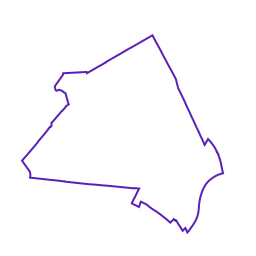 Zoeterwoude, Zuid-Holland, Netherlands, rotated 98°
{"feature_id": "6326949B96348311169789", "entity_name": "Zoeterwoude", "entity_type": "district", "adm_level": 2, "iso_a3": "NLD", "parent_name": "Netherlands", "parent_adm1": "Zuid-Holland", "projection": "equal_earth", "projection_center": [4.519, 52.114], "detail": "fine", "context": "isolated", "style": "outline", "palette": "violet", "viewbox_px": 256, "rotation_deg": 98, "n_neighbors": 0, "source": "geoboundaries", "source_scale": "gbopen_adm2", "svg_char_len": 5509}
<svg xmlns="http://www.w3.org/2000/svg" viewBox="0 0 256 256"><g transform="rotate(98 128 128)"><path d="M223.2,54.7L222.8,54.4L222.0,53.9L220.0,52.7L219.6,52.5L217.8,51.6L217.2,51.3L216.2,50.8L214.5,49.9L213.7,49.6L211.8,48.8L211.4,48.6L210.5,48.3L209.6,48.0L208.5,47.6L207.0,47.3L206.6,47.2L205.0,46.9L204.2,46.8L203.5,46.7L202.9,46.6L202.0,46.6L201.6,46.6L201.3,46.6L200.6,46.6L199.3,46.7L197.4,46.7L195.4,46.9L194.1,46.9L192.8,47.0L192.6,47.0L189.6,46.9L188.9,46.9L185.9,46.7L183.6,46.3L182.3,46.1L181.8,46.0L181.0,45.8L180.2,45.6L179.6,45.5L177.8,45.0L176.5,44.6L174.9,43.9L174.1,43.6L173.0,43.1L172.4,42.8L171.6,42.3L171.1,42.0L170.9,41.9L170.0,41.3L168.6,40.2L168.1,39.8L166.8,38.5L166.1,37.8L165.5,37.2L164.3,35.8L163.4,34.6L162.6,33.4L161.9,32.4L161.3,31.3L160.8,30.2L160.2,29.0L160.2,28.9L159.7,27.9L159.6,27.6L159.2,27.8L152.5,30.2L150.7,30.8L149.6,31.2L148.6,31.6L147.7,32.0L146.9,32.3L145.5,33.0L144.4,33.5L143.9,33.8L142.8,34.4L142.2,34.7L141.4,35.2L140.5,35.8L140.5,35.7L140.4,35.8L140.4,35.7L139.4,36.4L138.3,37.2L137.4,37.9L136.8,38.2L135.4,39.3L133.9,40.6L133.1,41.3L131.7,42.8L131.3,43.1L130.7,43.7L130.1,44.5L129.0,45.7L128.4,46.5L127.8,47.2L130.6,48.4L130.7,48.5L133.7,49.6L133.5,49.8L133.8,49.9L131.4,51.4L130.4,52.1L129.1,52.8L128.6,53.2L127.9,53.6L127.7,53.7L127.4,53.9L126.8,54.4L125.9,55.0L124.4,55.9L123.6,56.5L121.6,57.7L120.9,58.1L120.7,58.3L120.1,58.7L119.5,59.1L118.4,59.9L117.0,60.8L115.6,61.7L114.7,62.2L112.5,63.6L111.4,64.4L110.6,64.8L110.1,65.2L108.8,66.0L108.6,66.2L108.5,66.3L108.2,66.5L107.9,66.7L107.7,66.8L106.0,67.8L104.2,68.9L102.3,70.2L101.4,70.8L100.7,71.3L99.5,72.1L97.8,73.2L96.7,73.8L95.7,74.5L95.2,74.8L94.1,75.5L92.6,76.4L91.3,77.3L87.4,79.9L85.7,81.0L81.9,83.7L78.3,85.2L75.4,86.4L73.8,87.0L72.6,87.6L70.4,89.2L64.4,93.6L61.7,95.6L57.8,98.5L57.2,98.9L51.6,103.0L48.8,105.0L47.3,106.0L37.9,113.0L32.8,116.7L34.6,119.0L36.4,121.3L41.4,127.7L43.8,130.7L44.5,131.7L46.8,134.6L49.3,138.0L50.2,139.2L53.3,143.1L56.0,146.5L56.8,147.5L57.2,148.1L58.1,149.2L61.5,153.6L63.7,156.4L64.4,157.3L65.9,159.2L66.1,159.1L66.6,159.6L67.1,160.4L68.6,162.3L69.8,163.8L70.4,164.7L72.6,167.5L72.8,167.8L73.0,168.0L73.3,168.3L73.8,169.1L74.5,169.9L75.0,170.5L76.2,172.1L77.4,173.6L78.0,174.4L79.5,176.3L78.3,176.8L78.3,177.0L82.8,199.8L83.1,199.8L83.8,199.8L84.1,199.8L84.4,199.9L84.5,199.9L85.0,200.1L85.3,200.3L87.9,201.6L90.5,203.0L90.8,203.1L91.3,203.4L97.1,206.4L100.4,205.0L100.5,204.9L100.7,204.7L100.8,204.6L101.0,204.1L101.0,203.9L101.0,203.7L100.9,203.5L100.5,202.9L100.3,202.5L99.9,202.0L99.8,201.9L99.7,201.7L99.9,201.1L100.0,200.7L100.1,200.4L100.1,200.2L100.1,199.7L100.2,199.1L100.2,198.9L100.3,198.7L100.4,198.4L100.6,198.0L100.8,197.8L101.4,197.0L101.5,196.8L101.6,196.6L101.7,196.4L101.7,196.2L101.8,195.7L102.0,195.3L102.1,195.0L102.2,194.9L102.3,194.8L103.6,194.1L104.1,193.9L104.4,193.8L104.7,193.7L105.5,193.5L105.7,193.3L107.4,192.5L107.7,192.3L108.1,192.1L108.9,191.8L109.3,191.7L110.0,191.4L110.3,191.3L110.8,191.1L112.9,190.0L113.3,190.5L114.0,191.3L114.3,191.7L114.7,192.0L115.0,192.3L115.3,192.5L116.5,193.1L117.2,193.5L118.9,194.7L119.6,195.1L119.8,195.2L119.9,195.3L120.1,195.5L120.5,195.8L120.8,196.2L121.3,196.5L121.8,196.8L122.3,197.1L122.5,197.2L123.0,197.5L124.4,198.4L126.4,199.8L129.7,201.8L131.7,203.2L133.6,204.5L135.4,204.2L135.7,204.2L136.0,204.1L136.3,204.1L137.3,204.5L137.8,204.8L137.7,205.3L139.9,206.7L140.0,206.6L140.3,206.7L141.6,207.5L147.3,211.0L147.9,211.4L151.7,213.8L152.9,214.6L154.2,215.3L154.6,215.3L155.0,215.5L155.9,216.1L156.7,216.6L163.5,220.9L167.1,223.2L175.1,228.4L183.9,220.1L184.1,219.8L184.5,219.5L184.7,219.4L185.1,219.2L185.6,218.9L185.8,218.8L186.3,218.6L186.6,218.5L187.0,218.4L187.4,218.3L187.7,218.2L188.3,218.1L188.6,218.1L188.9,218.1L189.2,218.1L190.8,218.1L190.7,215.8L190.5,208.4L190.4,206.2L190.2,198.2L189.9,191.2L189.8,184.1L189.6,183.9L189.8,183.7L189.9,183.1L189.3,164.1L189.3,163.9L189.2,162.4L189.2,161.4L189.1,160.2L189.1,158.8L189.0,157.3L188.9,156.0L188.9,155.1L188.8,154.9L188.7,153.2L188.6,152.0L188.6,150.4L188.5,150.1L188.5,149.3L188.5,148.7L188.4,147.8L188.4,146.9L188.3,144.5L188.1,141.7L188.0,139.6L187.9,138.1L187.9,137.4L187.9,136.2L187.8,135.9L187.8,135.1L187.6,130.4L187.5,128.6L187.5,126.8L187.4,125.4L187.3,123.4L187.2,120.8L187.2,119.8L187.1,118.3L187.1,117.7L187.0,114.7L186.9,113.6L186.9,113.2L186.6,113.0L186.5,112.9L186.6,112.6L186.4,110.3L186.5,108.5L187.0,108.7L187.3,108.8L187.7,109.0L187.9,109.1L188.0,109.2L188.6,109.4L189.9,109.7L190.1,109.8L190.4,110.0L190.5,110.0L193.0,110.7L193.7,111.0L194.2,111.2L195.4,111.5L196.1,111.8L196.6,112.0L197.0,112.1L197.5,112.3L198.1,112.6L199.4,112.9L199.8,113.1L200.3,113.2L201.1,113.6L202.0,113.8L202.3,113.6L203.7,109.0L204.4,107.0L204.7,106.1L200.2,105.3L199.2,105.1L199.8,103.0L200.8,100.0L200.8,99.8L200.9,99.4L201.6,98.3L202.1,97.4L203.1,95.8L203.3,95.4L203.8,94.6L204.4,93.5L205.1,91.9L205.6,90.9L206.0,90.0L206.6,88.8L206.9,88.0L207.4,87.1L207.6,86.8L208.2,85.6L208.6,84.8L209.4,83.3L209.7,82.9L209.9,82.6L210.3,81.7L210.8,81.0L211.1,80.4L211.3,80.1L211.5,79.9L212.1,78.8L212.5,78.1L212.8,77.6L213.5,76.5L214.1,75.5L214.4,75.1L214.7,74.7L215.8,72.9L214.9,72.3L214.7,72.2L214.4,71.9L214.1,71.7L213.2,70.9L212.9,70.7L211.9,70.0L212.1,69.8L212.6,69.0L212.7,68.9L212.8,68.7L213.2,68.2L212.6,67.8L213.3,67.0L214.5,66.0L214.8,65.8L215.2,65.5L216.0,64.8L217.7,63.4L218.0,63.1L218.6,62.5L219.5,61.8L220.5,61.0L222.2,59.5L221.0,58.7L219.1,57.3L219.5,57.0L219.8,56.7L223.2,54.7Z" fill="none" stroke="#5b21b6" stroke-width="2"/></g></svg>